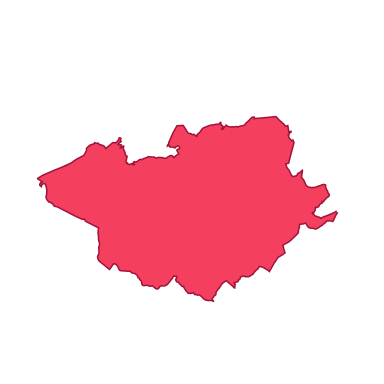 Acuitzio, Michoacán, Mexico (Natural Earth projection), rotated 41°
{"feature_id": "50627088B81334633905607", "entity_name": "Acuitzio", "entity_type": "district", "adm_level": 2, "iso_a3": "MEX", "parent_name": "Mexico", "parent_adm1": "Michoacán", "projection": "natural_earth1", "projection_center": [-101.348, 19.472], "detail": "fine", "context": "isolated", "style": "filled", "palette": "rose", "viewbox_px": 384, "rotation_deg": 41, "n_neighbors": 0, "source": "geoboundaries", "source_scale": "gbopen_adm2", "svg_char_len": 6071}
<svg xmlns="http://www.w3.org/2000/svg" viewBox="0 0 384 384"><g transform="rotate(41 192 192)"><path d="M180.6,304.6L179.9,297.5L182.2,296.4L184.3,296.7L187.9,298.4L189.0,298.5L190.1,298.0L197.4,292.4L199.4,292.6L202.3,291.1L204.0,290.8L205.6,290.9L206.5,291.6L207.6,292.0L208.5,291.6L209.8,292.4L212.7,292.5L213.6,293.7L214.7,294.5L215.3,294.4L215.7,294.8L217.0,294.4L219.6,291.6L221.6,291.1L223.8,288.9L226.6,288.7L228.3,288.7L228.9,288.4L229.6,287.8L229.9,287.1L230.0,285.5L229.8,284.8L229.9,284.0L230.3,283.2L232.2,281.4L233.1,280.7L233.8,279.1L234.1,277.5L233.8,270.0L233.3,267.2L234.6,266.7L235.6,265.7L236.4,266.3L236.7,267.5L237.2,267.8L237.0,268.6L237.2,269.0L238.6,269.6L239.2,269.8L240.5,269.3L241.6,269.1L243.0,269.6L245.3,269.5L246.3,269.8L247.1,269.4L247.5,268.7L248.7,269.5L251.9,270.4L255.7,271.0L256.1,270.4L257.4,269.6L258.0,268.9L259.0,267.6L259.3,266.9L260.7,267.6L261.7,267.5L262.5,266.6L263.8,266.3L264.5,265.4L265.0,265.0L265.5,264.9L267.9,264.6L269.6,265.0L272.7,264.8L275.5,263.3L277.6,261.3L280.5,260.2L279.3,260.2L278.0,259.8L277.2,259.1L277.0,255.8L277.3,254.4L277.3,253.8L276.3,252.4L275.8,251.3L275.5,247.9L275.6,246.5L274.9,242.2L275.1,240.0L276.1,236.4L280.4,236.5L283.8,236.4L286.2,236.6L287.2,236.4L285.5,234.1L285.4,233.5L283.5,232.9L285.5,229.3L284.6,228.3L285.1,227.6L285.3,226.9L285.0,225.4L284.4,224.4L285.8,221.8L286.9,221.2L287.8,221.1L288.4,220.3L290.2,219.0L290.8,217.9L291.5,215.1L292.0,214.3L291.7,212.3L291.7,209.2L292.2,207.1L291.7,203.9L294.8,202.3L301.1,201.2L302.6,201.3L300.6,191.4L300.4,188.9L299.8,185.2L301.7,179.2L302.1,176.8L300.9,176.2L300.1,175.6L299.1,175.1L295.5,172.4L297.6,166.7L298.2,164.0L299.0,155.4L298.9,154.3L299.0,153.0L297.4,150.9L296.8,149.7L296.4,148.4L294.3,145.9L297.1,142.9L298.1,141.0L300.2,141.5L301.5,142.1L303.4,142.3L305.1,141.6L306.2,140.6L307.4,139.9L309.7,138.9L310.9,136.1L311.1,134.8L312.1,131.7L312.2,130.3L312.8,127.5L312.7,125.5L314.1,124.3L315.0,123.1L316.6,122.3L317.6,122.0L317.4,120.6L315.7,114.7L315.5,112.6L313.4,112.3L313.2,113.2L311.5,117.1L308.4,123.1L308.0,123.4L307.4,125.1L306.7,126.2L306.2,127.6L305.7,127.4L304.5,127.5L303.9,128.0L302.0,128.6L300.5,129.4L297.6,128.6L297.4,128.9L297.4,129.2L296.8,129.2L296.7,129.0L296.4,128.9L296.4,128.5L297.3,128.1L297.3,126.4L297.0,125.1L295.3,122.6L296.4,121.8L297.2,120.1L297.2,119.5L296.8,118.9L296.6,117.6L297.0,115.8L297.5,115.2L297.2,114.7L296.8,114.5L296.6,114.0L296.3,113.8L296.5,113.6L296.9,113.6L297.6,113.2L297.4,110.9L297.5,107.7L297.9,106.8L298.1,105.2L297.4,103.9L296.3,103.5L295.0,103.3L293.6,102.2L292.9,102.2L289.5,100.7L288.8,99.5L288.0,99.0L286.2,100.0L281.7,108.0L280.6,108.9L279.1,110.5L277.9,111.0L276.5,112.0L274.0,112.2L269.3,110.0L266.8,109.3L265.4,109.3L264.8,108.8L261.3,103.3L261.0,103.2L260.8,105.1L260.4,107.3L259.6,108.6L260.4,110.9L258.2,114.0L257.3,114.3L255.2,113.8L250.4,111.7L248.8,111.6L247.1,111.0L244.3,109.3L246.0,106.9L236.5,87.7L234.0,86.6L234.0,87.8L233.8,88.0L228.9,87.2L227.8,85.5L227.0,85.7L227.2,84.7L226.9,83.5L227.4,82.5L227.4,81.5L227.0,81.2L226.9,81.2L225.8,83.3L220.7,79.0L219.5,81.1L216.7,80.5L210.6,80.5L205.9,80.0L195.5,91.0L191.3,95.2L190.8,95.9L189.8,94.6L188.3,96.2L187.8,103.1L187.5,104.6L187.7,106.5L187.2,108.0L184.5,111.7L184.1,112.7L183.6,112.8L182.3,113.7L181.1,115.4L180.2,115.8L177.7,118.3L175.5,119.0L173.8,119.2L174.0,123.1L173.9,125.0L173.4,125.2L173.0,124.0L172.9,122.3L171.6,122.0L170.7,122.5L170.4,122.0L168.8,121.7L168.4,120.9L168.1,120.6L167.8,120.7L167.7,121.9L167.9,122.5L167.2,123.9L166.1,124.6L163.9,127.5L161.8,129.8L159.1,135.1L158.4,136.7L158.3,137.4L158.5,140.1L158.7,141.5L158.3,145.1L158.4,146.5L159.7,146.4L158.2,147.2L155.4,147.2L154.8,148.3L154.5,148.6L152.9,148.7L150.6,150.0L150.1,150.0L141.7,147.5L137.2,151.9L138.8,159.7L142.0,169.9L142.7,170.8L142.8,172.7L143.3,173.5L143.6,172.5L144.0,172.3L144.1,171.9L144.6,172.3L145.3,172.4L146.4,172.3L146.8,171.5L147.7,170.9L150.3,169.9L150.4,169.1L150.1,168.8L150.3,168.3L151.1,166.5L151.7,166.2L152.6,166.3L153.5,166.6L153.9,167.3L153.9,168.1L153.1,169.3L153.1,170.5L157.0,171.9L156.3,174.0L155.8,176.3L155.8,178.0L153.2,177.5L152.5,178.0L151.7,178.8L151.2,180.4L150.8,181.0L150.7,182.2L150.4,183.1L149.3,184.6L148.2,185.1L147.3,185.2L146.9,185.9L146.0,186.3L143.6,188.2L143.4,188.9L142.5,190.1L142.1,190.3L141.3,190.1L140.8,190.3L136.7,193.5L135.8,193.9L135.6,194.8L134.6,196.7L133.3,199.1L132.9,200.6L131.7,201.1L131.4,201.4L130.8,203.5L130.6,205.1L129.6,206.4L128.7,206.8L128.2,208.1L128.6,208.6L130.5,209.0L130.4,209.4L129.6,210.2L128.2,210.0L127.8,210.2L127.4,210.9L127.1,212.1L125.8,212.7L124.4,213.1L124.3,212.4L123.3,212.6L122.4,212.5L121.2,211.0L121.4,210.7L120.7,209.8L119.8,207.7L119.3,207.6L118.2,208.1L117.7,207.5L117.2,207.4L116.0,206.7L115.7,206.2L115.1,205.9L111.5,204.2L110.5,202.2L110.3,202.2L110.1,202.5L109.3,205.4L108.9,205.8L108.7,205.5L109.0,204.9L109.0,204.2L108.2,202.9L107.2,202.9L106.3,204.2L105.4,204.7L104.8,204.5L105.0,202.3L105.4,200.3L104.3,200.2L103.9,199.5L103.4,198.4L103.0,198.0L101.5,198.9L102.1,200.1L102.3,201.1L102.5,202.9L102.3,204.2L101.6,205.5L99.8,206.6L98.4,215.8L97.8,215.5L95.8,215.0L94.6,215.2L93.3,215.7L92.2,216.3L91.6,216.4L91.2,217.0L90.3,216.8L89.7,216.9L89.1,216.7L88.7,217.2L88.0,217.7L87.4,218.3L86.2,218.6L86.4,219.3L86.2,220.1L84.9,222.6L84.2,223.5L84.1,224.0L83.7,228.3L85.1,229.8L86.4,235.2L83.5,242.5L82.6,245.6L81.8,249.2L79.7,253.9L80.0,254.7L78.9,255.3L78.3,257.0L77.1,259.5L73.9,265.7L68.3,277.4L66.4,283.6L66.6,283.4L72.3,282.4L72.4,283.0L72.2,283.6L71.7,283.9L71.7,284.8L72.0,286.0L72.7,286.8L74.8,286.8L74.1,285.5L73.9,284.8L74.3,283.5L74.9,282.7L76.0,282.3L78.2,283.4L81.0,285.6L84.1,289.5L84.6,291.0L86.3,292.5L88.0,293.1L90.5,293.5L90.9,293.0L94.6,292.3L96.9,293.0L97.6,293.0L99.6,291.8L101.2,291.3L119.4,286.9L126.9,284.7L127.1,284.1L127.7,284.1L128.4,283.7L128.8,283.1L131.0,283.9L145.0,280.4L147.6,284.3L150.8,287.1L152.2,288.8L154.0,290.3L155.8,291.2L157.2,293.2L157.8,294.8L161.8,299.0L162.4,300.5L162.9,302.4L164.1,303.7L166.0,304.7L167.8,305.0L180.6,304.6Z" fill="#f43f5e" stroke="#9f1239" stroke-width="1.5"/></g></svg>